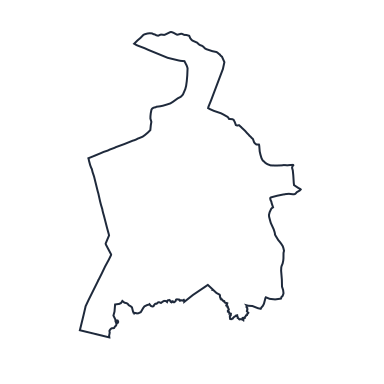 Kota Subulussalam, Aceh, Indonesia (orthographic projection), rotated 8°
{"feature_id": "22746128B20185680371825", "entity_name": "Kota Subulussalam", "entity_type": "district", "adm_level": 2, "iso_a3": "IDN", "parent_name": "Indonesia", "parent_adm1": "Aceh", "projection": "orthographic", "projection_center": [97.94, 2.756], "detail": "fine", "context": "isolated", "style": "outline", "palette": "slate", "viewbox_px": 384, "rotation_deg": 8, "n_neighbors": 0, "source": "geoboundaries", "source_scale": "gbopen_adm2", "svg_char_len": 6023}
<svg xmlns="http://www.w3.org/2000/svg" viewBox="0 0 384 384"><g transform="rotate(8 192 192)"><path d="M100.2,344.5L130.4,347.5L130.3,347.0L129.9,346.4L130.1,342.7L129.8,342.1L129.6,340.9L129.7,340.5L130.5,339.1L131.1,338.4L131.8,338.0L133.1,337.8L133.8,337.5L134.4,336.0L135.4,334.8L135.6,333.5L135.3,332.6L134.6,331.3L134.8,331.3L135.8,332.1L136.3,332.1L136.6,332.0L136.9,331.4L137.0,330.9L136.5,329.9L136.2,329.6L135.9,329.6L135.3,329.8L134.3,329.7L133.9,329.3L133.9,329.0L131.4,325.3L131.9,321.2L131.5,314.1L135.9,312.8L136.3,312.3L137.0,312.0L137.8,310.6L138.2,309.6L140.5,311.0L142.7,311.2L143.9,311.7L145.1,312.9L147.2,313.7L148.6,314.6L150.3,318.8L150.8,319.2L150.9,319.7L151.6,319.9L151.7,320.1L151.9,319.8L152.3,319.9L152.6,319.7L153.4,319.7L154.4,319.9L155.9,319.5L157.0,318.7L157.8,318.3L158.1,317.9L159.8,313.7L160.8,311.9L163.3,310.2L165.2,309.4L165.5,309.0L167.0,310.5L168.6,310.9L169.0,310.8L169.7,310.5L169.9,310.2L170.2,309.2L171.1,307.9L171.7,307.6L172.5,307.6L173.8,306.0L174.5,305.8L175.3,305.8L176.7,306.2L177.7,305.2L178.7,304.3L179.4,303.8L180.4,303.6L181.5,303.7L182.6,304.4L182.8,303.1L183.2,302.6L184.1,302.4L184.5,302.1L185.1,302.3L185.9,303.4L186.4,303.9L186.7,304.0L187.0,304.1L187.3,303.3L187.6,302.9L188.2,302.9L188.4,303.5L188.7,303.7L189.6,303.7L189.9,303.5L190.9,302.3L191.2,300.8L191.9,300.4L194.3,300.3L194.6,300.4L194.6,300.9L195.2,301.4L196.6,300.7L197.6,300.9L198.0,300.8L198.4,300.2L198.9,299.9L199.2,300.3L199.4,300.6L199.6,301.9L207.3,293.8L220.6,281.8L226.6,286.0L226.4,286.2L227.0,286.3L230.3,288.6L233.6,289.8L234.1,290.5L234.2,291.6L234.3,292.0L234.7,292.4L234.7,292.8L235.3,293.3L235.3,293.8L236.3,294.1L236.2,294.4L236.8,294.5L237.3,294.8L237.6,295.3L238.2,295.4L238.3,295.6L238.7,295.7L238.9,295.9L239.1,295.8L239.2,296.2L239.6,296.4L239.7,296.7L240.1,297.0L241.1,297.1L241.4,297.4L241.6,297.4L241.7,297.2L241.9,297.1L242.2,297.4L242.4,297.4L242.3,298.3L241.7,299.4L241.7,299.7L242.4,300.0L242.8,300.0L243.3,300.3L243.3,301.3L243.7,301.4L243.8,301.7L244.2,302.1L244.8,303.3L244.0,304.6L244.1,305.0L244.5,304.8L244.4,305.5L244.8,305.5L245.3,306.1L245.5,306.0L246.0,306.9L246.0,307.2L246.6,307.0L247.4,307.1L247.4,307.6L247.6,308.4L247.4,308.6L247.3,309.1L246.9,309.2L246.7,309.5L247.0,311.0L247.4,312.4L248.1,312.5L249.0,312.4L249.6,311.6L250.0,311.6L250.1,311.4L250.6,310.5L251.4,309.5L252.6,308.8L252.8,308.2L253.9,307.8L254.2,309.0L254.6,309.3L254.8,310.4L255.3,310.5L255.9,310.9L256.3,311.4L256.8,311.6L257.5,311.2L258.6,311.2L259.8,311.3L260.7,311.8L260.7,311.2L260.1,310.5L259.5,310.2L259.5,309.9L259.8,309.6L260.2,309.4L261.4,309.5L261.8,309.4L261.8,308.8L261.9,308.3L262.4,307.7L262.6,306.7L263.6,306.2L263.7,305.0L264.3,304.5L264.6,303.8L263.9,303.3L262.9,302.4L262.9,302.0L263.2,301.3L263.2,300.4L262.9,300.2L262.9,299.2L261.9,298.3L262.0,297.3L261.9,296.8L261.7,296.6L263.4,296.8L267.7,296.5L273.5,297.9L276.3,298.1L276.8,296.7L278.0,294.9L278.8,292.6L279.5,286.7L279.8,286.0L283.8,287.0L289.3,286.8L294.9,285.2L295.3,283.3L296.1,282.5L296.5,281.0L296.7,279.5L295.9,276.5L294.3,273.2L293.2,266.4L291.2,257.5L290.9,254.3L291.0,252.9L291.7,250.2L291.9,247.2L291.8,245.0L291.1,239.6L291.3,237.4L290.3,234.8L289.4,233.0L287.6,230.9L285.9,229.2L284.1,227.6L280.9,223.7L280.1,222.6L279.9,221.6L279.4,220.3L278.1,217.6L274.4,211.8L273.7,210.3L271.8,205.8L271.4,203.9L271.7,201.2L272.8,197.6L273.2,197.0L274.4,195.9L272.4,191.9L272.1,191.0L271.6,190.0L270.8,188.9L270.3,187.2L270.7,186.5L271.5,186.1L277.0,183.8L282.9,181.7L283.8,181.5L284.8,181.1L288.2,180.3L292.2,180.2L293.2,180.1L294.2,179.7L294.9,179.0L295.8,177.6L298.5,175.5L299.1,174.7L299.3,174.3L298.9,174.0L296.7,173.2L292.1,171.0L291.5,168.8L290.0,161.5L288.8,156.6L287.8,154.3L287.7,153.7L288.1,152.1L288.6,151.4L288.5,151.2L288.1,151.1L284.7,151.8L282.8,152.3L281.6,152.4L280.6,152.4L279.0,152.6L277.3,153.1L271.7,154.1L267.2,154.6L266.1,154.7L263.4,154.1L261.9,153.6L260.2,152.7L259.1,151.8L257.7,151.0L256.8,149.8L256.0,148.6L254.5,145.3L253.4,142.4L252.3,137.5L251.9,136.1L251.7,135.7L249.1,136.0L247.3,134.9L246.5,134.0L245.2,131.5L244.7,130.8L243.6,130.2L242.5,129.2L240.8,128.1L240.3,127.5L238.4,126.1L236.1,124.1L233.0,121.9L232.1,121.3L231.6,120.8L231.3,120.7L229.3,119.3L227.5,119.9L226.1,119.6L225.9,119.3L225.5,118.4L224.5,116.6L223.1,114.7L221.8,114.3L218.5,114.5L217.5,113.2L216.6,112.6L212.3,110.9L209.7,110.0L202.3,108.6L198.1,107.4L196.3,106.7L196.4,105.4L198.1,98.7L205.5,65.8L206.0,58.9L202.9,53.9L201.0,52.7L200.5,52.0L199.4,51.5L198.4,50.8L196.9,50.0L192.5,49.7L186.5,48.6L185.0,48.1L182.9,46.5L181.5,45.8L179.5,45.4L178.2,44.8L176.3,43.4L171.4,42.0L170.4,41.4L168.9,40.0L167.5,37.7L164.6,37.3L162.5,37.5L160.1,36.8L159.2,36.8L156.1,38.1L155.4,38.3L154.4,38.0L151.5,36.9L149.7,36.5L148.8,36.5L147.9,36.9L143.6,39.8L142.6,40.3L139.6,40.4L138.7,40.7L136.8,41.9L135.8,41.9L134.6,41.7L133.1,41.1L132.0,41.1L130.3,40.5L127.9,40.7L125.7,41.3L123.0,42.5L122.0,43.2L119.5,46.6L117.0,49.4L114.1,53.2L116.5,54.2L118.4,54.7L125.1,56.2L128.8,57.3L149.2,62.5L160.5,63.6L162.6,63.7L166.3,63.5L168.6,66.8L169.0,67.3L169.9,69.0L170.4,70.2L171.1,77.4L171.4,83.0L171.4,87.9L171.0,91.1L169.5,96.6L169.1,97.3L168.0,98.8L167.5,99.4L164.9,101.2L160.5,105.4L158.2,107.3L154.9,108.9L151.2,110.6L148.4,111.6L145.0,112.5L144.1,113.2L143.0,113.5L141.9,114.1L140.9,115.0L140.4,116.1L140.2,119.7L140.3,122.7L140.6,125.1L141.6,127.3L142.0,128.2L141.9,131.5L142.1,136.5L140.0,139.3L137.4,142.2L135.4,144.1L132.0,146.1L131.3,146.4L129.2,147.9L127.6,148.8L126.2,149.4L118.4,153.9L110.3,158.2L109.2,159.0L104.7,161.4L102.8,162.7L98.9,164.6L96.0,166.4L84.7,173.0L85.3,174.3L85.6,175.3L87.4,179.5L88.7,181.9L89.6,183.2L90.8,186.2L92.9,190.4L98.4,204.1L99.5,206.6L102.3,214.1L103.7,217.5L105.6,221.6L106.0,222.9L107.1,225.6L108.1,227.8L112.8,239.2L115.6,245.7L115.9,246.6L113.7,254.9L113.7,255.3L114.1,256.1L120.6,265.1L120.6,265.8L119.0,270.7L116.3,277.9L113.9,285.5L111.7,292.0L111.4,292.4L111.4,292.9L104.7,313.0L102.5,320.1L102.5,320.7L101.7,329.5L100.2,344.5Z" fill="none" stroke="#1e293b" stroke-width="2"/></g></svg>